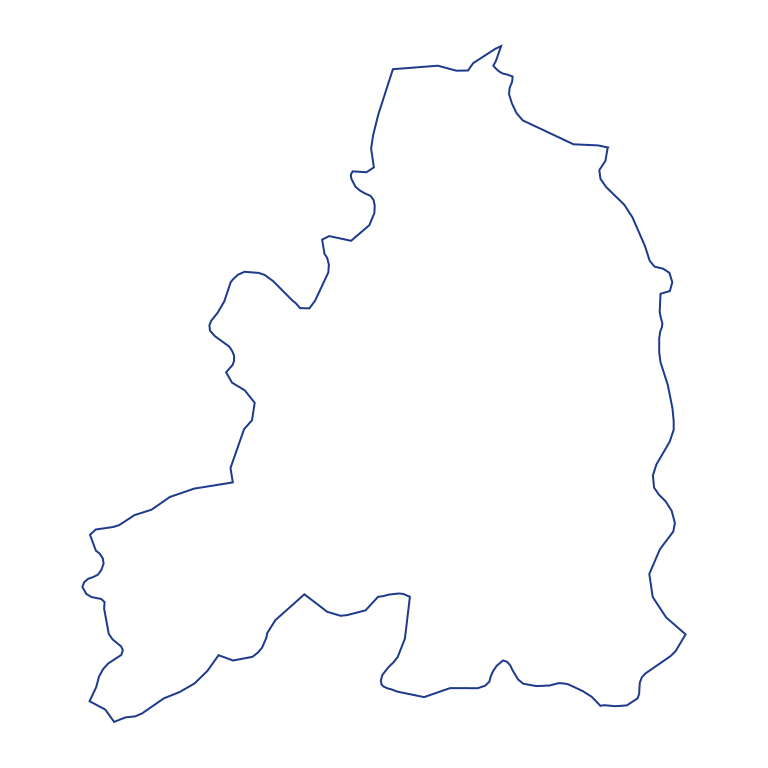 outline of Guarda
{"feature_id": "PRT-753", "entity_name": "Guarda", "entity_type": "District", "adm_level": 1, "iso_a3": "PRT", "parent_name": "Portugal", "parent_adm1": "", "projection": "robinson", "projection_center": [-7.291, 40.712], "detail": "fine", "context": "isolated", "style": "outline", "palette": "blue", "viewbox_px": 768, "rotation_deg": 0, "n_neighbors": 0, "source": "natural_earth", "source_scale": "10m", "svg_char_len": 2832}
<svg xmlns="http://www.w3.org/2000/svg" viewBox="0 0 768 768"><path d="M639.4,688.7L639.1,694.3L637.4,698.5L626.8,705.4L615.5,706.2L604.2,705.2L600.3,705.8L600.1,705.5L597.7,703.0L591.7,696.8L582.8,691.1L568.2,684.3L564.9,683.6L558.9,683.1L549.6,685.5L536.4,686.1L523.2,683.7L518.0,679.4L512.4,669.9L510.1,665.1L506.9,661.7L503.0,660.5L496.7,665.8L493.2,670.9L490.6,676.7L489.4,681.6L485.2,685.7L477.8,688.2L450.1,688.1L424.1,697.1L409.4,694.1L397.3,691.6L391.2,689.3L387.6,688.4L383.5,686.5L381.5,684.4L380.9,680.3L382.4,674.9L388.3,667.4L393.3,662.5L397.7,657.0L404.9,638.6L409.9,596.8L403.2,593.9L398.7,593.5L388.7,594.6L382.9,596.2L378.1,596.8L365.6,610.3L347.1,615.1L340.6,615.8L327.2,611.8L304.4,594.3L275.3,620.2L267.3,633.0L266.3,637.9L262.1,647.6L258.1,652.4L252.5,656.8L233.0,660.5L218.6,655.2L207.3,671.0L194.6,683.4L179.5,692.1L163.9,698.3L142.1,713.4L135.1,716.4L125.4,717.4L114.1,721.9L105.3,709.6L89.6,701.2L96.1,687.4L99.1,676.4L103.1,669.1L108.2,663.5L121.3,654.9L122.9,650.1L121.0,646.3L112.6,639.4L108.8,634.0L104.1,608.5L104.6,602.2L101.3,599.0L91.3,597.0L86.4,594.0L82.4,587.0L84.1,582.3L88.0,578.9L93.1,577.1L97.9,574.7L101.2,570.2L103.6,563.6L102.9,558.6L99.6,553.5L95.9,550.7L90.0,534.8L95.7,529.5L113.1,527.0L119.0,525.2L134.5,515.1L151.5,509.7L169.8,497.0L194.2,488.6L232.8,482.4L230.5,468.0L244.1,429.1L252.0,420.3L254.7,402.8L244.8,390.4L232.0,382.6L226.1,372.3L232.7,364.8L234.0,360.9L234.1,355.7L232.2,351.1L229.4,346.7L214.8,336.1L210.0,330.5L209.4,325.4L211.2,320.8L217.8,312.5L224.3,301.3L230.7,282.2L233.3,279.0L237.8,274.8L244.5,271.8L258.7,272.9L264.6,274.9L273.1,281.1L292.5,300.6L295.8,303.2L300.0,308.1L309.3,308.4L315.1,300.7L328.3,272.5L328.9,264.8L327.2,257.9L324.5,253.9L322.1,239.6L329.2,236.1L351.1,240.8L369.3,225.2L374.4,213.0L374.7,205.5L373.6,200.1L370.5,195.8L365.7,193.8L360.3,190.8L355.4,186.7L351.3,178.6L350.8,174.7L352.6,171.4L366.5,172.2L373.9,167.4L371.1,148.6L373.1,135.4L378.2,114.8L392.9,69.2L437.9,65.7L456.4,70.7L468.0,70.5L473.2,63.1L495.3,48.8L501.1,46.1L495.9,61.0L493.3,65.7L495.9,68.6L499.1,71.5L502.9,73.6L507.0,74.5L512.6,76.5L512.2,81.5L509.7,87.8L509.0,94.1L511.9,103.4L516.4,112.9L522.7,120.4L573.5,144.3L598.0,145.4L607.4,147.4L607.9,147.5L607.7,147.7L605.4,160.9L599.3,170.1L600.5,179.0L606.1,187.0L624.3,204.8L632.4,217.3L644.9,245.9L649.7,260.8L654.5,266.6L663.1,268.7L669.4,272.8L672.3,282.2L669.9,291.0L660.5,293.8L659.7,311.7L660.5,316.3L662.4,323.7L661.8,327.6L660.2,331.5L659.2,338.4L659.2,352.1L660.5,362.1L667.8,385.0L672.5,408.6L673.7,421.2L673.7,429.7L669.7,441.7L656.4,464.5L652.9,475.4L654.1,487.7L659.1,494.9L665.6,501.3L671.7,510.9L674.9,523.0L673.3,531.5L659.9,549.3L649.3,574.0L652.7,597.0L666.1,617.4L685.6,634.4L675.5,651.3L670.4,656.2L645.5,673.4L641.9,677.2L639.8,682.7L639.4,688.7Z" fill="none" stroke="#1e3a8a" stroke-width="2"/></svg>